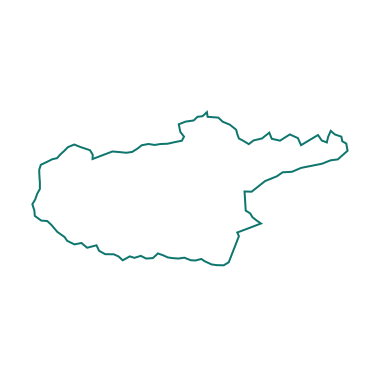 outline of Jaboticaba, Rio Grande do Sul, Brazil, rotated 82°
{"feature_id": "56859067B75615460624400", "entity_name": "Jaboticaba", "entity_type": "district", "adm_level": 2, "iso_a3": "BRA", "parent_name": "Brazil", "parent_adm1": "Rio Grande do Sul", "projection": "natural_earth1", "projection_center": [-53.269, -27.616], "detail": "fine", "context": "isolated", "style": "outline", "palette": "teal", "viewbox_px": 384, "rotation_deg": 82, "n_neighbors": 0, "source": "geoboundaries", "source_scale": "gbopen_adm2", "svg_char_len": 1620}
<svg xmlns="http://www.w3.org/2000/svg" viewBox="0 0 384 384"><g transform="rotate(82 192 192)"><path d="M193.8,351.0L199.3,345.3L200.6,339.4L204.9,335.9L212.8,330.9L218.8,324.5L223.0,322.4L227.5,315.7L227.1,308.6L232.6,303.6L231.5,294.0L237.3,292.2L241.5,286.6L242.8,278.1L245.7,273.6L250.0,270.1L247.1,262.6L249.2,258.1L248.1,251.6L251.5,246.7L252.0,239.9L248.1,234.3L250.6,229.5L253.4,225.1L254.7,220.7L256.0,214.8L256.0,208.7L259.4,202.7L260.3,198.1L259.6,192.1L262.4,189.0L266.5,182.6L267.9,177.5L269.0,170.8L266.7,165.4L242.3,151.7L238.4,152.8L232.8,128.1L229.0,132.2L225.3,135.7L221.3,137.3L217.9,141.4L198.8,139.9L200.0,132.9L194.3,123.2L191.3,118.0L188.3,105.9L185.1,99.4L185.9,90.2L183.3,80.6L182.1,59.3L179.9,50.3L180.0,43.1L172.8,32.2L165.5,32.5L162.7,36.1L158.0,36.4L154.9,42.5L150.8,46.1L156.3,49.5L161.7,51.6L159.1,56.3L153.1,59.3L155.3,64.5L160.8,77.5L153.4,79.6L148.6,87.1L153.4,97.7L150.4,105.6L144.0,107.2L148.7,115.2L149.5,123.9L152.5,129.1L148.2,134.4L145.5,138.1L141.0,139.1L136.5,139.6L130.5,145.3L126.7,151.8L122.0,155.6L119.7,166.1L115.0,166.1L118.4,171.0L118.3,176.1L121.4,180.4L121.4,188.5L123.1,195.7L130.8,195.2L136.1,192.2L139.8,194.9L140.1,200.4L140.8,209.5L140.1,216.6L140.2,222.5L138.4,228.4L138.7,235.3L141.4,239.9L144.0,245.7L144.0,251.6L142.5,257.8L140.8,265.2L145.5,285.9L141.3,285.1L136.4,287.2L132.1,295.9L128.6,302.0L130.3,308.6L133.8,313.2L136.5,317.2L139.7,320.9L140.1,325.8L142.1,331.7L144.0,337.9L148.7,340.2L152.9,340.7L156.9,341.0L161.2,341.3L167.8,342.2L172.3,345.6L177.4,348.2L181.9,351.8L188.2,350.7L193.8,351.0Z" fill="none" stroke="#0f766e" stroke-width="2"/></g></svg>